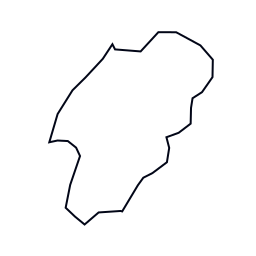 SVG path tracing the border of Šavnik, rotated 99°
{"feature_id": "MNE-1519", "entity_name": "Šavnik", "entity_type": "Municipality", "adm_level": 1, "iso_a3": "MNE", "parent_name": "Montenegro", "parent_adm1": "", "projection": "mercator", "projection_center": [19.144, 42.978], "detail": "fine", "context": "isolated", "style": "outline", "palette": "ink", "viewbox_px": 256, "rotation_deg": 99, "n_neighbors": 0, "source": "natural_earth", "source_scale": "10m", "svg_char_len": 578}
<svg xmlns="http://www.w3.org/2000/svg" viewBox="0 0 256 256"><g transform="rotate(99 128 128)"><path d="M69.3,54.8L81.0,60.5L88.5,68.9L98.3,68.9L113.9,66.8L124.8,77.2L131.1,88.6L141.2,84.2L155.7,84.2L168.7,96.8L174.7,105.1L183.0,109.3L211.3,120.7L211.1,122.3L216.0,143.8L230.1,155.8L223.8,166.5L216.5,177.1L193.2,176.2L163.2,171.0L155.5,176.2L150.3,185.4L151.4,195.7L154.4,203.5L125.2,199.7L99.4,188.7L84.6,177.8L63.6,163.7L47.7,156.5L52.4,153.1L50.4,127.5L28.6,113.0L25.9,95.4L35.1,69.4L47.3,54.9L64.5,52.5L69.3,54.8Z" fill="none" stroke="#020617" stroke-width="2"/></g></svg>